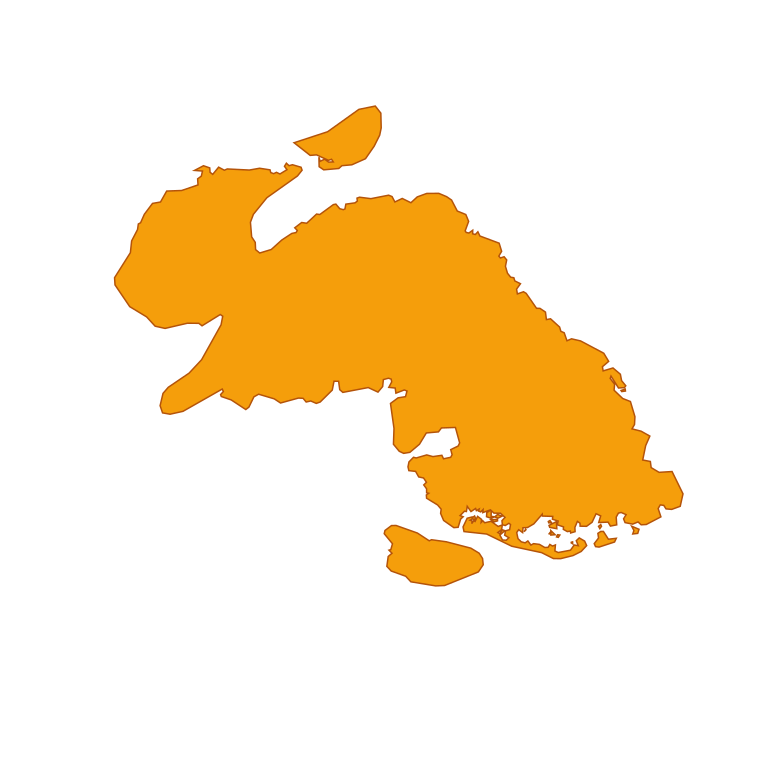 Temotu-Nende, Temotu, Solomon Islands, rotated 48°
{"feature_id": "97153195B91208568213874", "entity_name": "Temotu-Nende", "entity_type": "district", "adm_level": 2, "iso_a3": "SLB", "parent_name": "Solomon Islands", "parent_adm1": "Temotu", "projection": "natural_earth1", "projection_center": [165.974, -10.758], "detail": "fine", "context": "isolated", "style": "filled", "palette": "amber", "viewbox_px": 768, "rotation_deg": 48, "n_neighbors": 0, "source": "geoboundaries", "source_scale": "gbopen_adm2", "svg_char_len": 6183}
<svg xmlns="http://www.w3.org/2000/svg" viewBox="0 0 768 768"><g transform="rotate(48 384 384)"><path d="M673.1,245.7L665.7,235.3L641.8,228.5L633.7,238.7L624.9,241.4L619.8,237.9L613.6,242.6L604.9,230.8L600.6,221.3L591.1,224.5L583.3,229.7L581.7,224.9L576.2,219.4L561.9,212.6L554.5,216.3L542.6,217.2L538.5,212.8L531.2,212.2L530.0,210.0L543.9,212.4L547.6,207.7L547.1,205.5L540.5,205.2L534.9,201.8L525.3,203.1L520.9,212.4L517.3,210.1L517.5,201.9L508.2,200.1L483.5,209.1L475.9,214.4L474.3,219.1L466.5,215.8L463.2,217.3L459.2,215.4L447.0,216.6L444.8,220.2L438.6,215.9L432.1,217.5L429.8,220.0L411.8,217.7L408.8,218.6L406.3,224.6L402.2,222.0L400.8,215.5L394.9,217.8L391.9,216.4L389.4,218.4L384.3,218.1L377.8,215.0L373.9,209.8L369.8,209.6L368.2,213.2L365.8,213.1L364.1,207.8L356.4,204.2L338.2,213.7L333.7,212.4L334.0,216.1L331.7,217.6L329.1,215.2L328.6,219.9L326.4,221.5L324.5,221.2L319.8,212.3L312.8,209.8L304.5,213.8L292.5,210.7L286.7,212.1L279.0,215.7L271.0,224.7L267.2,234.1L267.3,242.7L258.3,246.3L256.0,254.1L250.1,252.6L246.8,254.2L237.5,269.7L228.8,277.2L227.8,279.7L230.2,281.4L230.0,284.3L224.8,292.0L227.8,295.9L227.2,297.6L224.1,299.6L218.1,299.4L216.8,301.6L215.1,318.3L212.6,320.4L212.8,333.9L208.9,337.1L208.2,345.8L211.9,345.7L212.6,348.0L210.4,351.8L208.6,363.6L208.6,377.8L203.5,388.7L198.2,389.5L192.6,384.9L186.1,383.9L174.4,375.0L170.5,367.5L167.2,346.4L171.5,309.1L170.3,301.8L167.4,300.6L159.8,305.3L158.2,308.5L154.6,308.8L155.6,312.3L159.8,312.7L158.3,320.8L154.7,322.3L153.9,325.2L151.1,326.7L148.6,325.4L140.4,332.1L134.9,340.9L119.3,356.6L118.3,359.6L112.2,361.8L113.6,371.0L110.3,371.6L106.8,368.9L101.0,372.1L98.5,381.9L104.3,376.4L107.3,380.7L106.8,385.2L111.6,389.0L104.8,404.9L95.2,416.4L99.2,428.3L94.9,435.2L97.5,448.5L101.3,457.0L100.7,459.5L104.3,463.8L108.8,475.8L116.7,484.6L124.7,513.1L130.4,517.6L156.4,521.2L175.3,515.5L187.9,515.4L196.2,509.5L207.3,489.4L215.0,481.0L219.0,480.3L222.8,459.2L225.7,458.5L231.0,465.5L243.9,503.3L245.5,521.6L242.1,546.5L243.1,554.5L250.3,564.9L257.3,567.9L263.3,563.2L269.8,551.7L279.5,507.6L282.1,508.4L282.5,512.5L284.4,513.3L293.6,508.2L310.5,503.8L310.8,499.9L306.5,489.3L307.7,484.0L321.6,475.5L328.9,473.6L337.2,457.0L340.5,453.7L345.3,453.9L347.6,449.8L353.1,447.3L354.7,443.5L353.9,426.5L348.5,419.3L351.6,415.9L358.6,420.7L362.7,420.2L376.1,398.1L386.0,393.9L385.0,386.7L380.3,381.5L382.7,376.8L385.2,375.4L387.6,376.9L389.7,382.7L394.5,378.4L398.8,381.3L402.0,372.9L404.6,371.6L407.8,376.5L403.7,382.8L402.8,392.2L423.7,406.3L435.1,417.3L444.2,417.7L448.7,415.8L452.1,410.5L452.5,398.0L448.7,385.3L456.0,375.6L455.1,370.7L464.1,360.0L478.4,367.2L479.7,370.4L477.4,378.3L482.1,380.7L483.1,383.5L479.4,389.8L475.7,388.7L470.7,396.2L465.3,399.7L460.5,409.6L458.2,411.1L458.6,417.6L461.6,421.6L465.0,423.5L470.1,419.0L476.3,420.4L480.3,417.5L485.4,418.2L485.6,422.0L490.4,422.5L493.3,425.1L495.1,423.9L494.8,426.8L497.4,428.8L509.8,425.1L515.3,425.3L518.0,428.5L525.3,431.0L537.5,428.2L540.1,424.8L535.7,417.5L535.6,414.0L532.7,415.5L532.4,409.3L533.9,408.1L530.6,404.0L537.0,404.7L537.8,399.2L539.9,400.1L540.6,397.0L541.6,398.8L543.8,397.7L543.6,394.4L545.7,396.6L548.7,389.1L553.5,388.7L558.0,383.9L564.1,383.3L564.5,387.8L567.8,390.2L570.3,388.6L571.1,384.4L573.1,384.0L576.3,388.1L574.4,391.9L577.1,395.5L581.8,394.1L581.9,397.7L579.2,400.3L573.8,399.0L573.9,392.3L571.5,393.6L572.7,398.1L570.5,398.8L570.9,394.0L567.9,390.4L566.2,394.5L557.7,396.3L554.5,402.0L551.7,402.1L551.9,404.4L549.9,402.1L545.0,403.0L547.1,408.3L545.7,408.7L546.4,412.3L544.9,410.1L542.8,411.2L543.4,408.9L541.7,407.6L539.4,412.0L543.1,420.9L547.2,423.3L564.2,408.1L590.1,397.6L614.8,379.7L627.1,374.9L632.0,369.6L638.0,358.3L640.4,349.5L639.7,341.5L635.0,340.0L629.0,341.9L629.1,346.0L634.2,347.8L630.9,350.4L632.3,356.6L625.8,367.3L622.4,368.7L618.3,364.3L617.2,367.2L614.2,368.1L615.2,371.3L613.1,373.9L607.2,375.8L602.7,379.7L602.0,382.6L596.9,382.1L596.5,385.4L593.1,387.6L588.6,387.9L583.2,384.8L582.4,381.4L587.2,380.4L583.8,376.9L586.7,373.4L588.2,366.2L586.6,353.5L588.1,354.7L595.3,347.2L597.2,349.3L602.4,346.3L604.6,349.4L610.3,346.2L612.0,348.0L616.4,346.5L618.0,343.9L619.6,345.0L621.6,340.8L618.3,338.1L615.5,332.2L618.6,331.5L620.9,333.4L625.3,328.7L626.0,321.9L622.3,313.2L627.0,311.2L630.6,317.1L636.6,309.9L641.1,310.8L644.4,305.3L638.3,300.5L636.8,296.2L638.2,293.7L643.1,291.5L644.5,296.2L648.3,297.6L654.5,293.0L656.5,287.5L660.7,287.1L663.9,283.1L668.0,267.1L660.0,263.6L658.7,259.6L661.4,257.3L665.5,258.0L669.7,254.1L673.1,245.7ZM586.8,439.6L584.7,431.2L579.6,427.5L573.4,426.5L564.1,429.3L542.9,443.3L531.5,452.9L530.8,455.3L517.1,458.9L497.2,469.7L494.2,473.2L493.5,481.3L495.4,484.0L508.4,484.6L511.6,489.7L510.8,491.5L515.1,491.3L515.0,496.3L521.4,503.9L527.8,503.8L541.4,496.5L549.0,496.4L568.6,480.7L574.3,473.8L586.8,439.6ZM204.2,247.0L200.7,232.2L196.2,220.7L191.8,214.7L180.6,205.1L171.6,204.5L163.1,218.9L158.8,257.1L144.5,289.4L164.7,285.9L168.6,280.8L180.6,275.6L181.9,272.6L185.0,273.1L182.0,276.7L177.2,277.7L175.8,282.4L171.9,280.6L179.1,286.8L184.5,285.5L193.6,273.4L193.6,269.2L199.6,261.2L204.2,247.0ZM655.7,318.4L654.1,314.6L649.5,321.1L640.4,319.6L638.6,321.6L638.1,325.0L642.0,327.6L643.3,334.6L646.4,335.6L649.1,333.3L655.7,318.4ZM664.8,295.4L662.6,291.7L655.4,295.1L660.1,296.3L661.9,299.5L664.8,295.4ZM607.2,352.4L601.6,348.0L599.5,356.0L601.4,356.8L607.2,352.4ZM555.4,394.3L550.3,389.4L549.0,389.7L548.4,393.7L551.2,396.6L555.4,394.3ZM561.7,391.2L560.5,390.2L556.5,395.3L560.1,394.5L561.7,391.2ZM561.2,384.8L557.0,386.8L556.8,390.8L560.0,388.9L561.2,384.8ZM607.9,361.1L610.5,357.7L604.5,358.1L607.9,361.1ZM635.9,320.4L635.3,317.6L633.5,317.0L633.3,319.8L635.9,320.4ZM545.6,408.2L544.7,405.7L542.7,405.0L542.4,408.0L545.6,408.2ZM550.8,209.3L549.2,208.1L547.4,212.2L548.7,212.4L550.8,209.3ZM614.6,357.1L613.9,354.4L612.2,355.8L613.1,358.1L614.6,357.1ZM555.7,394.2L556.6,390.8L554.6,392.4L555.7,394.2ZM599.3,352.3L596.5,352.0L596.1,353.9L597.4,354.5L599.3,352.3ZM605.9,362.2L606.2,359.8L605.5,360.0L605.9,362.2ZM629.0,350.7L627.5,349.5L626.9,350.7L627.3,351.2L629.0,350.7ZM587.5,378.7L587.3,376.0L586.7,375.9L587.5,378.7Z" fill="#f59e0b" stroke="#b45309" stroke-width="1.5"/></g></svg>